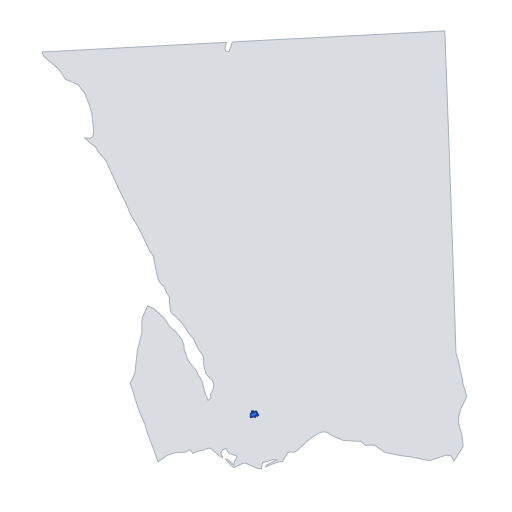 Tukh, Al Qalyubiyah, Egypt shown in context, rotated 177°
{"feature_id": "37247803B54771061850383", "entity_name": "Tukh", "entity_type": "district", "adm_level": 2, "iso_a3": "EGY", "parent_name": "Egypt", "parent_adm1": "Al Qalyubiyah", "projection": "equal_earth", "projection_center": [31.147, 30.344], "detail": "fine", "context": "in_parent", "style": "filled", "palette": "blue", "viewbox_px": 512, "rotation_deg": 177, "n_neighbors": 0, "source": "geoboundaries", "source_scale": "gbopen_adm2", "svg_char_len": 4999}
<svg xmlns="http://www.w3.org/2000/svg" viewBox="0 0 512 512"><g transform="rotate(177 256 256)"><path d="M458.8,470.9L447.7,470.9L436.5,470.9L425.4,470.9L414.3,470.9L403.2,470.9L392.1,470.9L380.9,470.9L369.8,470.9L358.7,470.9L347.6,470.9L336.4,470.9L325.3,470.9L314.2,470.9L303.1,470.9L292.0,470.9L280.8,470.9L274.5,470.9L275.6,466.9L276.2,464.0L275.5,462.0L273.3,461.5L271.9,462.2L268.6,470.6L266.8,471.0L262.9,471.0L249.9,471.0L237.0,471.0L224.0,471.0L211.1,471.0L198.1,470.9L185.2,470.9L172.2,470.9L159.3,470.9L146.3,470.9L133.4,470.9L120.4,470.9L107.5,470.9L94.5,470.9L81.6,470.9L68.6,470.9L55.7,470.9L55.8,460.7L56.0,450.5L56.2,440.3L56.3,430.1L56.5,420.0L56.6,409.8L56.8,399.7L57.0,389.5L57.1,379.4L57.3,369.3L57.5,359.1L57.6,349.0L57.8,338.9L58.0,328.9L58.2,318.8L58.3,308.7L58.5,298.7L58.7,288.6L58.9,278.6L59.1,268.6L59.2,258.6L59.4,248.6L59.6,238.6L59.8,228.6L60.0,218.6L60.2,208.6L60.4,198.7L60.6,188.8L60.8,178.8L61.0,168.9L61.2,159.0L61.4,149.1L61.1,147.3L59.4,140.6L58.0,132.1L56.4,121.6L56.2,118.2L53.4,107.5L53.2,104.4L54.0,102.2L59.2,93.2L60.8,88.8L62.1,83.5L62.6,79.3L61.3,72.7L59.8,66.9L59.3,60.8L59.2,54.9L61.8,50.9L64.9,47.2L66.1,44.9L68.0,42.3L69.2,41.0L71.6,46.3L76.7,47.2L93.4,42.5L111.7,47.2L121.9,49.1L137.5,53.1L146.9,60.3L149.5,61.2L156.4,61.0L160.8,65.3L178.7,67.3L188.2,72.0L193.6,75.8L196.8,76.9L199.7,76.7L203.6,75.3L208.5,72.7L213.9,69.0L225.0,59.6L228.9,58.0L231.4,58.4L234.5,58.3L235.8,55.7L237.5,54.0L238.5,52.0L240.2,49.6L245.9,48.9L257.4,44.9L256.2,46.8L245.7,51.4L250.2,51.9L254.8,50.4L260.0,49.4L260.9,47.4L261.6,43.8L262.6,43.3L266.3,44.0L277.1,49.6L279.7,49.7L287.3,46.6L288.9,46.0L291.4,47.7L297.0,54.7L295.1,54.5L289.1,48.5L288.5,51.5L285.1,56.8L289.4,59.1L292.9,59.9L294.8,62.9L296.0,65.5L299.4,64.3L301.8,60.8L300.5,58.8L299.7,56.7L300.8,56.7L303.2,58.4L310.0,65.1L312.4,66.5L315.0,66.3L320.6,64.4L322.1,64.7L329.5,62.2L330.4,64.0L331.7,65.8L337.7,63.8L347.1,63.8L354.8,61.6L363.7,56.3L364.4,55.5L364.9,56.8L366.0,60.5L368.8,69.7L371.2,77.0L374.3,87.1L375.2,91.0L375.7,93.7L380.0,104.8L382.6,114.0L384.6,121.5L387.3,132.3L388.5,136.1L386.7,138.1L383.1,145.2L379.4,167.8L373.9,185.5L373.4,196.6L372.5,200.6L369.9,206.2L366.7,211.8L360.9,208.9L351.3,199.2L345.8,190.0L339.8,184.1L334.2,176.2L332.7,170.6L332.7,166.9L330.2,158.1L328.4,153.9L321.6,144.5L319.6,139.5L318.1,137.3L316.6,134.2L314.1,122.1L311.4,114.4L308.3,116.5L308.9,119.7L306.2,124.2L304.7,129.4L305.9,133.7L311.5,140.1L312.6,143.0L313.9,149.1L313.7,157.5L314.7,160.3L318.8,166.6L320.3,170.2L321.3,173.4L322.6,176.3L326.8,181.8L332.8,192.1L338.5,199.1L342.6,202.4L344.3,205.8L344.8,214.6L344.5,218.7L348.1,226.6L349.5,230.5L353.0,233.8L354.6,237.5L356.1,243.5L358.5,261.3L361.5,265.7L371.1,289.2L379.1,304.1L383.0,315.3L389.0,328.9L400.8,358.7L407.7,368.0L410.5,373.2L415.5,377.2L420.9,383.0L415.8,382.4L414.5,382.7L412.7,383.7L411.9,387.2L411.6,390.1L412.3,405.3L413.8,413.1L418.5,427.8L421.9,432.2L423.6,435.1L425.9,437.1L436.7,442.2L443.1,452.8L457.3,466.3L458.7,470.0L458.8,470.9Z" fill="#d9dde1" stroke="#a8b0b8" stroke-width="1"/><path d="M263.3,96.6L263.3,96.8L263.2,97.0L263.1,97.3L262.9,97.4L262.7,97.3L262.6,97.2L262.4,97.1L262.3,96.9L262.2,96.8L261.9,96.8L261.8,97.1L261.9,97.3L262.0,97.4L262.1,97.5L262.3,97.7L262.4,97.8L262.5,97.9L262.6,98.1L262.6,98.4L262.7,98.5L262.8,98.6L263.0,98.7L263.2,98.8L263.3,98.8L263.4,99.0L263.5,99.0L263.5,99.3L263.6,99.5L263.5,99.8L263.4,99.9L263.4,100.0L263.2,100.1L263.3,100.2L263.4,100.3L263.5,100.3L263.8,100.2L264.0,100.2L264.2,100.3L264.2,100.5L264.2,100.8L264.2,101.0L264.3,101.0L264.4,100.9L264.5,100.9L264.8,100.8L265.0,100.8L265.1,100.7L265.3,100.5L265.5,100.6L265.8,100.5L266.0,100.6L266.3,100.7L266.4,100.4L266.3,100.2L266.5,100.2L266.7,99.9L266.7,99.7L266.7,99.4L266.6,99.2L266.8,99.1L267.0,99.2L267.0,99.3L267.0,99.5L267.1,99.8L267.1,100.0L267.3,100.1L267.5,100.2L267.5,100.3L267.6,100.7L267.6,100.9L267.6,101.1L267.5,101.4L267.9,101.3L267.9,101.2L268.0,101.2L268.3,101.3L268.4,101.2L268.4,100.9L268.4,100.7L268.4,100.4L268.5,100.3L268.6,100.2L268.6,99.9L268.3,99.9L268.2,99.9L268.2,99.6L268.3,99.5L268.4,99.4L268.5,99.4L268.7,99.2L268.8,99.0L269.0,99.0L269.3,98.8L269.4,99.0L269.5,99.0L269.6,98.9L269.6,98.7L269.7,98.4L269.7,98.2L269.5,97.9L269.4,97.8L269.4,97.7L269.4,97.4L269.4,97.2L269.4,96.7L269.3,96.4L269.5,96.5L269.7,96.4L269.5,96.2L269.4,96.0L269.4,95.9L269.6,95.7L269.8,95.6L269.8,95.3L269.8,95.2L269.7,95.1L269.3,95.2L269.2,95.2L268.9,95.1L268.8,95.3L268.7,95.4L268.7,95.5L268.4,95.6L268.2,95.5L268.1,95.4L268.0,95.5L267.9,95.5L267.6,95.6L267.4,95.8L267.2,95.9L266.9,95.9L266.7,95.7L266.4,95.7L266.2,95.7L266.0,95.8L266.0,96.1L266.0,96.3L265.9,96.3L265.7,96.3L265.7,96.2L265.4,95.9L265.4,95.7L265.5,95.6L265.5,95.4L265.6,95.2L265.5,94.9L265.4,94.9L265.3,95.0L265.3,95.3L265.2,95.4L265.1,95.5L265.0,95.8L264.9,95.9L264.6,95.9L264.5,96.0L264.6,96.3L264.6,96.6L264.5,96.8L264.4,96.9L264.3,97.0L264.2,97.0L263.9,97.0L263.7,97.0L263.6,96.9L263.4,96.7L263.3,96.6Z" fill="#3b82f6" stroke="#1e3a8a" stroke-width="1.5"/></g></svg>